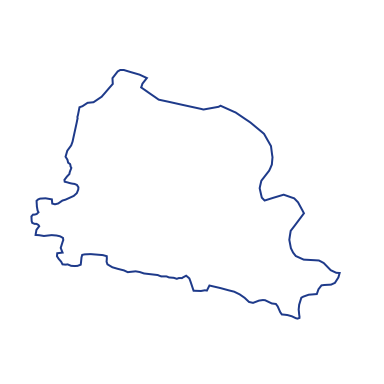 Jisr-Ash-Shugur, Idlib, Syria (Equal Earth projection), rotated 97°
{"feature_id": "27442178B84192320308694", "entity_name": "Jisr-Ash-Shugur", "entity_type": "district", "adm_level": 2, "iso_a3": "SYR", "parent_name": "Syria", "parent_adm1": "Idlib", "projection": "equal_earth", "projection_center": [36.341, 35.883], "detail": "fine", "context": "isolated", "style": "outline", "palette": "blue", "viewbox_px": 384, "rotation_deg": 97, "n_neighbors": 0, "source": "geoboundaries", "source_scale": "gbopen_adm2", "svg_char_len": 3578}
<svg xmlns="http://www.w3.org/2000/svg" viewBox="0 0 384 384"><g transform="rotate(97 192 192)"><path d="M253.7,342.0L253.6,340.2L253.5,338.4L253.7,333.6L251.9,326.1L251.7,321.2L252.0,317.8L252.6,316.1L253.4,314.4L254.4,314.2L255.3,313.9L257.0,314.3L263.5,315.5L265.9,314.2L267.9,313.1L269.2,318.3L272.2,318.2L274.6,316.2L277.1,313.4L279.6,311.7L279.5,308.6L279.0,306.6L280.0,303.0L279.8,299.5L279.3,296.7L277.7,293.6L275.2,293.6L270.4,293.7L267.8,293.3L267.0,291.0L266.0,285.1L265.5,272.8L266.1,268.8L268.6,268.4L271.6,268.3L274.1,267.1L276.4,261.9L277.3,256.4L278.1,250.0L279.4,246.0L278.7,243.1L277.6,238.3L277.8,234.1L278.7,229.7L278.6,216.0L278.6,215.9L279.1,214.1L279.5,212.4L279.5,211.8L279.4,211.7L279.4,211.3L278.9,206.9L279.6,204.5L279.5,202.1L279.4,199.7L280.0,196.5L279.5,195.5L279.0,194.5L278.7,191.5L277.9,190.6L275.8,187.6L277.4,185.1L278.1,184.1L281.2,182.5L289.8,178.4L289.2,171.5L289.2,171.2L288.0,167.3L288.0,165.6L288.0,165.2L282.7,163.3L283.9,152.0L285.1,143.7L285.8,138.0L287.7,132.5L287.8,132.2L290.6,126.9L294.2,122.0L294.6,117.9L291.6,112.2L290.6,108.5L290.5,106.3L292.9,99.2L292.9,96.3L292.9,95.1L295.1,93.0L300.5,89.8L302.6,87.9L302.5,85.4L302.5,84.3L302.5,82.3L302.7,80.9L303.2,77.7L304.6,73.5L304.8,71.8L303.9,70.0L302.9,70.1L302.7,70.1L300.6,70.7L296.9,71.5L295.7,71.8L290.8,71.9L283.6,70.6L282.3,68.8L279.8,63.8L279.7,63.5L278.9,59.6L278.2,56.2L278.1,55.7L273.1,54.6L268.9,52.1L268.2,49.5L267.0,42.7L264.8,39.1L259.0,36.3L254.4,35.6L254.5,37.3L254.6,39.0L252.7,44.8L246.6,52.4L246.4,52.7L245.0,56.3L244.8,57.0L244.7,57.2L244.5,57.7L244.8,62.5L245.5,72.9L242.9,81.2L239.8,84.3L235.7,87.0L227.6,89.6L223.4,89.5L218.5,89.3L213.1,86.1L199.5,78.3L196.9,80.1L196.7,80.2L196.2,80.6L189.3,85.5L187.6,87.6L186.4,89.1L185.8,89.9L185.3,92.4L183.5,100.7L187.8,110.5L189.3,113.8L190.9,117.3L191.6,118.9L189.1,122.0L186.2,123.1L180.0,125.3L177.5,125.1L176.5,125.0L172.8,124.6L172.3,124.5L168.1,122.0L161.4,118.0L160.1,117.6L158.3,117.0L157.8,116.9L156.1,116.4L155.1,116.1L148.9,116.3L147.9,116.3L147.1,116.5L145.4,117.0L136.8,119.2L130.9,123.6L125.5,127.6L124.1,129.7L121.8,133.3L119.3,137.2L115.9,142.5L114.8,144.6L114.6,145.0L113.4,147.4L107.7,158.5L107.4,159.7L102.9,174.2L104.2,176.0L108.0,188.3L108.7,190.5L108.7,191.1L108.4,193.3L107.8,199.9L106.6,212.8L105.4,225.1L104.4,236.3L102.2,240.4L99.4,245.8L94.4,255.2L92.2,254.7L90.5,254.4L88.2,253.0L84.4,250.7L81.9,258.4L80.4,267.7L79.7,271.8L79.2,274.6L79.7,278.2L80.2,278.9L80.8,279.6L81.3,280.4L88.7,284.8L89.9,284.6L94.4,283.8L98.9,286.9L104.8,290.8L107.7,292.8L108.4,293.2L108.9,293.8L114.9,300.7L116.1,306.0L116.2,306.5L120.2,311.2L121.6,314.0L129.7,314.6L131.4,314.9L132.4,314.7L133.0,314.5L133.4,314.6L134.5,314.7L137.2,314.9L156.6,316.7L160.5,317.6L166.2,320.8L172.4,321.8L175.1,319.6L178.0,318.5L179.1,316.5L180.3,315.9L181.4,315.7L182.8,314.7L184.1,315.0L185.6,315.4L187.4,315.8L189.1,315.9L191.9,318.0L195.5,320.1L197.3,319.6L197.7,316.4L198.0,314.9L198.2,313.1L198.3,311.4L198.3,309.6L199.0,307.1L200.1,306.2L200.3,306.0L201.2,305.3L203.4,305.2L205.3,305.7L207.2,306.2L210.3,308.9L211.1,310.2L211.9,311.5L214.7,316.1L215.0,316.6L216.3,319.6L219.7,323.4L220.9,326.5L220.7,327.9L220.5,329.3L216.4,330.2L216.1,336.6L216.6,339.3L217.1,342.0L218.1,343.8L219.7,345.2L222.0,344.8L224.0,344.4L224.9,344.3L225.6,344.1L229.2,343.0L230.8,341.9L232.8,343.5L233.6,345.4L233.8,347.0L235.8,348.4L240.4,347.6L242.1,346.8L242.8,344.4L242.6,342.4L243.4,340.5L244.6,339.5L248.2,341.6L248.6,341.8L251.1,341.9L252.2,342.0L253.4,341.9L253.5,342.0L253.7,342.0Z" fill="none" stroke="#1e3a8a" stroke-width="2"/></g></svg>